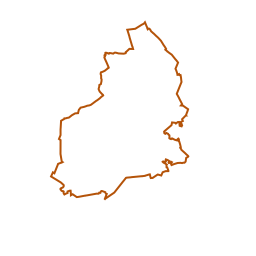 Suntažu pag., Ogre, Latvia, rotated 310°
{"feature_id": "27541924B15599164032444", "entity_name": "Suntažu pag.", "entity_type": "district", "adm_level": 2, "iso_a3": "LVA", "parent_name": "Latvia", "parent_adm1": "Ogre", "projection": "mercator", "projection_center": [24.882, 56.884], "detail": "fine", "context": "isolated", "style": "outline", "palette": "amber", "viewbox_px": 256, "rotation_deg": 310, "n_neighbors": 0, "source": "geoboundaries", "source_scale": "gbopen_adm2", "svg_char_len": 5235}
<svg xmlns="http://www.w3.org/2000/svg" viewBox="0 0 256 256"><g transform="rotate(310 128 128)"><path d="M100.1,169.8L100.8,170.4L102.3,171.8L102.5,171.8L105.2,173.6L105.3,173.6L106.5,174.5L106.1,175.1L104.8,176.8L104.3,177.6L105.6,179.0L105.9,179.0L106.8,179.3L110.6,180.4L111.5,180.7L113.0,184.0L116.4,183.0L119.2,184.6L119.5,185.0L120.9,186.6L121.3,186.3L121.4,186.2L123.0,183.4L122.7,182.8L124.4,181.2L124.9,181.2L124.7,179.3L124.3,177.4L124.4,176.3L125.0,176.4L125.7,178.5L126.8,178.5L127.3,178.2L127.5,177.5L128.3,177.2L128.9,178.9L129.1,180.1L129.2,181.1L127.8,181.2L127.5,181.8L129.2,183.4L129.9,183.1L130.0,183.6L129.3,183.6L128.0,184.3L127.6,185.2L130.0,186.5L133.1,188.5L134.5,190.0L135.0,190.5L135.9,192.0L136.1,192.1L137.0,192.7L137.2,192.9L137.6,193.5L137.8,193.6L138.7,193.7L139.1,193.7L139.3,193.7L142.5,191.8L144.6,192.5L145.1,192.4L145.2,192.1L145.3,190.7L145.3,189.3L145.3,189.1L145.4,188.7L145.6,183.0L146.0,182.3L146.4,180.7L146.5,180.6L147.2,180.8L148.7,178.8L150.5,176.1L150.5,175.3L150.5,175.2L151.6,174.8L152.3,173.6L152.3,173.4L151.2,173.2L149.9,173.3L149.4,172.2L149.0,171.2L148.5,168.8L147.7,168.6L147.7,167.9L146.9,167.6L146.7,166.3L146.9,166.1L148.6,164.9L148.8,164.5L149.0,164.3L149.0,163.3L149.0,163.1L149.2,162.7L149.3,162.5L148.9,160.8L148.9,160.7L147.5,160.3L147.4,159.3L147.6,158.8L148.7,158.3L148.7,158.0L149.1,158.0L155.1,159.0L158.1,159.5L160.6,158.2L162.3,160.8L162.2,161.8L164.5,162.3L165.6,163.4L165.6,163.5L165.1,163.8L165.1,164.6L164.8,164.9L164.7,164.9L164.2,164.8L162.9,166.2L163.7,168.0L164.6,167.8L164.6,167.4L165.4,166.9L165.1,165.5L165.8,165.5L166.1,164.4L168.6,165.5L169.5,163.8L170.7,163.9L174.6,164.2L174.7,164.3L174.7,164.2L175.2,164.2L175.3,164.1L176.8,163.6L177.5,163.3L178.5,163.0L181.0,162.0L181.0,161.3L180.9,160.9L180.6,157.5L180.5,155.9L179.3,154.1L181.1,154.1L182.6,150.5L183.3,148.8L183.7,148.0L184.6,145.8L185.5,143.4L188.2,142.5L197.7,139.4L197.8,139.3L197.9,139.1L199.8,137.1L200.3,136.6L201.8,134.9L202.0,134.6L202.3,134.2L201.8,133.8L201.7,133.6L201.7,133.2L201.8,132.9L201.9,132.7L202.1,132.4L201.9,132.3L201.0,132.3L200.6,131.9L200.5,131.7L200.8,131.5L202.0,129.8L203.3,127.6L203.9,126.3L210.3,124.3L210.8,122.1L211.0,121.1L211.1,120.2L212.3,114.3L212.2,113.4L212.1,112.0L212.0,110.5L212.0,110.1L212.0,109.6L211.9,109.1L212.0,109.0L212.0,106.3L213.1,106.3L213.9,104.0L214.4,102.0L216.0,97.2L216.3,94.9L216.5,93.4L216.6,91.6L216.6,91.0L216.6,90.7L216.9,86.7L216.8,86.1L216.9,85.6L216.9,83.9L217.0,83.3L217.2,82.8L217.5,82.2L217.5,81.9L217.6,81.7L217.7,81.2L217.8,80.7L217.7,80.4L217.6,80.1L217.4,80.0L216.9,79.8L216.3,79.7L216.7,78.8L217.0,78.7L218.3,76.0L218.6,75.5L219.9,73.0L219.5,73.0L219.1,73.3L217.7,72.9L215.8,72.1L213.6,71.4L211.2,70.6L208.7,69.8L202.8,64.3L202.4,65.0L199.5,69.5L199.4,69.7L198.8,70.5L198.2,71.3L193.5,78.4L193.2,79.1L191.8,81.1L189.5,78.2L185.4,77.7L184.8,77.5L184.7,77.5L184.3,78.0L183.8,78.1L182.2,77.0L179.1,72.9L177.8,70.1L177.2,69.4L176.4,69.1L175.5,68.9L175.4,68.8L175.1,68.2L174.2,66.6L174.0,66.3L173.8,66.0L173.6,65.7L173.4,65.5L173.1,65.5L172.8,65.6L172.6,65.6L172.5,65.3L171.9,63.3L171.7,63.1L171.2,62.4L170.8,62.4L170.6,62.8L170.5,63.0L170.4,63.1L170.1,63.3L169.9,63.4L169.8,63.8L169.7,63.9L169.4,63.9L169.2,63.6L169.2,63.4L169.0,63.2L168.9,63.2L168.7,63.2L168.5,63.3L168.3,63.6L168.4,63.8L168.6,64.0L168.2,64.3L167.8,64.4L167.7,64.4L167.6,64.2L166.9,64.5L166.2,65.7L164.4,69.5L163.5,71.3L161.9,74.4L161.8,74.5L161.2,74.4L160.8,74.1L160.4,74.0L160.1,74.1L157.4,73.5L157.1,73.5L156.0,73.0L154.7,72.4L153.2,71.5L151.9,72.2L151.5,72.7L151.1,73.5L150.7,73.9L148.8,75.5L148.7,75.6L148.3,76.5L148.1,76.6L147.0,77.5L144.2,79.0L142.5,78.4L141.5,79.2L140.7,79.6L139.0,80.4L138.6,81.0L138.3,81.7L137.7,82.9L137.3,86.3L137.3,87.5L137.2,87.6L136.7,87.9L136.7,88.0L134.5,87.5L132.6,87.3L129.5,86.6L128.4,86.2L122.0,84.7L121.4,84.4L120.4,83.8L118.8,82.4L117.8,81.9L116.0,80.8L113.1,78.6L111.4,78.7L110.6,78.6L109.6,79.0L107.3,80.2L107.2,80.1L105.2,78.1L101.7,76.8L98.2,76.1L97.8,75.9L96.5,74.8L95.2,74.0L94.5,73.1L94.0,73.3L93.6,73.2L93.4,73.2L92.8,72.9L90.5,72.1L85.0,76.2L83.6,77.2L79.2,80.9L75.2,82.2L75.4,84.1L64.7,93.0L61.6,96.6L59.7,98.9L59.8,99.8L58.8,99.4L58.1,98.9L57.6,98.6L57.0,98.3L55.6,97.5L55.4,97.6L46.0,100.7L45.8,99.0L41.4,100.2L41.7,102.1L43.1,111.5L43.0,114.7L43.0,114.8L42.9,115.5L42.3,116.0L41.9,116.2L41.6,116.3L40.6,116.3L40.2,116.2L39.6,115.8L39.3,115.7L38.5,115.3L38.4,115.3L38.1,115.3L37.7,115.6L37.5,116.0L37.5,116.4L37.2,117.5L37.3,117.8L37.4,118.1L37.9,118.9L38.0,119.1L38.0,119.4L38.0,119.5L37.9,119.7L37.6,119.8L37.3,120.0L37.0,120.3L36.7,120.6L36.6,120.8L36.4,121.3L36.3,121.6L36.2,122.0L38.0,122.7L39.3,123.5L40.5,122.5L42.6,123.7L43.1,124.3L41.3,126.1L40.5,126.9L39.8,127.5L41.7,128.2L41.7,128.6L42.1,132.7L42.1,133.1L42.8,133.8L44.2,135.0L46.4,136.8L48.6,138.6L48.7,138.8L48.9,138.9L49.4,139.3L49.8,139.7L50.4,140.2L52.2,141.7L57.6,146.2L57.7,146.4L58.8,147.7L59.9,147.5L60.6,148.5L61.9,148.0L62.7,148.2L63.1,148.8L64.2,151.8L64.0,152.0L63.5,153.3L63.8,154.1L59.4,155.6L58.8,155.8L58.8,156.0L59.1,156.0L59.8,156.2L69.7,159.0L83.8,158.6L84.7,158.6L88.5,158.5L88.8,158.7L89.1,158.9L92.1,161.9L92.6,162.3L98.6,168.2L98.8,168.4L100.1,169.7L100.1,169.8Z" fill="none" stroke="#b45309" stroke-width="2"/></g></svg>